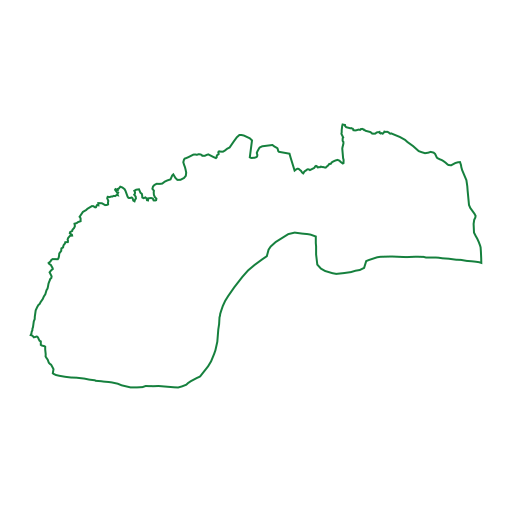 Kang Meas, Kâmpóng Cham, Cambodia (Natural Earth projection)
{"feature_id": "14789045B63152664596772", "entity_name": "Kang Meas", "entity_type": "district", "adm_level": 2, "iso_a3": "KHM", "parent_name": "Cambodia", "parent_adm1": "Kâmpóng Cham", "projection": "natural_earth1", "projection_center": [105.15, 11.935], "detail": "fine", "context": "isolated", "style": "outline", "palette": "green", "viewbox_px": 512, "rotation_deg": 0, "n_neighbors": 0, "source": "geoboundaries", "source_scale": "gbopen_adm2", "svg_char_len": 6010}
<svg xmlns="http://www.w3.org/2000/svg" viewBox="0 0 512 512"><path d="M30.7,335.1L31.9,335.4L33.2,336.5L33.8,337.3L35.2,337.0L36.7,336.5L37.4,336.8L38.1,337.7L38.9,339.5L39.6,340.8L40.8,341.4L40.8,344.9L41.7,345.5L44.5,346.2L45.2,346.7L45.2,349.5L45.7,354.2L45.6,356.5L46.3,357.7L47.7,359.7L48.8,362.7L49.9,363.9L51.1,364.7L52.1,366.5L53.5,369.2L52.8,373.3L53.6,373.9L55.9,375.0L59.4,375.8L65.2,376.8L70.9,377.5L76.5,377.7L84.4,378.6L89.2,379.6L94.9,380.3L95.7,380.8L101.0,381.2L103.7,381.6L108.6,382.0L111.7,382.4L117.7,383.7L121.6,385.3L130.5,387.4L137.0,387.4L142.5,387.1L145.7,386.0L148.3,386.1L153.8,386.2L158.5,386.0L174.2,387.3L178.1,387.5L182.0,386.4L186.3,384.7L188.0,383.1L190.8,381.2L196.8,378.0L199.7,376.7L200.3,376.2L208.1,366.3L211.1,361.3L214.1,354.0L215.4,350.3L217.3,341.8L218.3,329.4L219.1,324.2L219.5,317.4L220.0,315.6L220.2,313.9L221.1,311.0L222.8,306.0L225.2,300.8L228.2,296.0L234.4,287.1L242.5,276.7L248.1,270.4L254.5,265.0L262.4,259.2L266.8,256.2L268.6,249.6L270.7,246.5L275.7,242.0L288.3,234.1L294.7,232.6L302.2,233.6L307.6,234.1L310.5,234.6L315.8,236.5L315.8,243.1L316.1,246.5L316.1,254.5L317.3,264.6L320.9,268.6L325.1,271.0L332.5,273.2L336.3,273.9L343.7,273.1L350.9,272.1L355.6,270.7L359.8,270.0L364.1,267.9L366.2,261.1L368.6,260.1L377.1,257.3L380.3,256.8L391.7,256.5L403.3,257.0L406.7,257.1L416.2,256.7L423.6,256.9L425.9,257.5L435.4,257.5L438.5,257.7L442.5,258.3L448.6,258.7L456.0,259.7L461.0,259.9L466.7,260.9L472.0,261.3L475.6,261.7L479.1,262.2L481.3,262.9L481.2,258.4L480.9,251.6L480.6,247.4L480.1,245.6L478.8,242.1L477.2,238.6L475.7,236.0L474.0,232.6L473.6,223.9L474.2,219.8L475.3,217.6L475.6,215.9L474.5,213.8L470.3,208.0L469.0,205.0L467.6,190.4L467.3,186.4L466.8,182.9L466.4,180.2L462.1,170.0L461.3,167.1L461.0,165.1L460.0,162.1L457.9,162.3L455.4,163.0L451.1,165.3L448.5,165.0L447.6,164.5L445.5,162.6L443.3,161.0L441.6,160.0L440.0,159.4L437.4,158.1L436.8,157.5L435.1,153.9L433.6,152.6L430.6,151.9L428.2,152.7L425.0,153.2L421.4,152.1L418.7,151.1L413.1,146.1L407.4,142.0L405.1,139.9L399.9,137.0L391.2,133.4L390.2,133.7L389.1,132.9L388.6,132.4L387.3,131.8L385.4,131.9L384.4,131.6L384.0,132.4L383.2,133.1L382.7,133.7L381.4,133.1L380.6,133.5L379.8,133.0L379.5,131.9L378.6,132.2L377.2,132.3L376.5,132.6L375.3,133.6L373.9,133.7L372.2,133.6L371.0,132.5L370.2,132.0L365.6,130.8L364.8,130.2L364.1,130.1L363.7,129.4L363.0,129.3L362.3,128.9L360.8,129.1L360.4,129.8L359.5,129.8L358.6,129.6L355.8,130.4L354.8,130.4L353.4,130.2L353.2,129.3L352.7,128.7L351.9,128.5L351.2,128.1L350.4,128.3L346.2,127.2L345.1,126.0L345.0,125.0L342.6,124.5L342.2,126.0L341.7,130.1L341.7,132.3L341.4,133.8L343.2,137.5L342.7,138.1L342.6,140.4L342.8,141.2L343.4,141.9L343.4,143.1L343.4,143.9L343.1,144.6L343.0,145.5L342.7,146.3L342.5,147.4L342.3,148.1L342.3,149.0L343.1,158.2L343.4,159.1L343.6,160.0L343.5,163.1L342.8,163.5L340.6,161.9L339.5,160.7L337.5,159.9L335.4,160.5L333.4,161.4L331.7,162.4L330.9,163.7L330.0,164.0L329.3,163.9L328.1,165.5L327.3,166.1L325.7,167.6L324.7,167.5L323.0,167.0L322.2,167.1L320.9,166.6L320.1,167.2L318.7,167.1L317.9,167.5L317.2,167.0L316.7,166.1L316.0,165.9L315.2,166.4L314.7,167.3L314.1,168.0L309.9,170.1L308.8,169.4L307.7,169.3L306.7,169.8L305.7,170.7L304.9,171.1L304.1,171.9L303.8,172.6L303.2,173.4L302.0,172.4L301.0,170.8L299.9,170.0L299.1,169.2L298.3,168.8L297.6,168.7L296.3,169.3L294.6,170.6L290.6,157.6L289.5,153.7L278.9,151.8L278.3,151.2L277.5,148.4L276.9,147.9L274.4,146.5L272.4,145.0L262.2,146.3L259.7,147.5L259.1,148.3L257.4,151.4L256.8,152.9L257.0,153.9L257.3,154.6L257.3,155.6L257.1,156.3L256.6,157.0L255.4,157.5L254.2,157.8L253.0,157.8L251.8,158.0L250.8,157.8L249.8,157.3L252.0,140.4L249.8,138.3L243.8,135.5L241.4,135.0L239.4,135.0L236.8,137.3L233.8,141.4L229.6,147.5L227.2,148.7L224.7,150.7L222.9,151.7L220.5,151.6L219.2,151.3L218.6,151.6L218.3,152.4L218.6,153.2L218.6,154.2L217.0,155.3L216.7,156.1L216.7,157.3L215.9,158.1L213.2,156.9L208.3,154.4L206.7,154.9L204.8,155.8L202.3,155.8L201.8,155.1L200.7,154.5L198.8,154.2L196.8,154.8L195.4,154.5L193.4,154.6L188.5,157.1L186.2,158.1L184.7,158.6L184.0,159.6L183.3,162.2L184.0,164.6L185.0,167.3L185.6,169.7L186.2,172.7L185.8,175.8L184.0,178.0L180.5,179.8L177.4,179.9L175.4,177.9L173.3,174.4L172.2,175.5L170.5,179.4L167.4,180.4L164.8,181.6L162.2,183.6L159.8,183.9L156.6,183.8L154.4,185.0L153.0,186.5L152.4,188.8L153.9,190.7L153.7,192.4L153.9,194.9L154.9,197.1L156.4,198.7L156.1,200.2L155.2,200.5L153.6,200.4L152.8,198.5L151.0,198.0L148.1,198.4L148.0,200.4L147.0,200.2L146.6,198.5L145.4,197.4L143.6,198.2L142.3,197.5L142.2,195.7L141.8,193.8L140.4,192.7L139.0,189.3L136.2,189.7L134.3,190.8L135.0,192.2L134.9,193.8L134.2,194.7L135.7,196.6L135.9,198.5L135.0,199.8L134.5,201.3L133.3,200.6L132.6,198.3L131.7,197.5L130.0,198.0L128.5,197.9L127.6,196.7L125.5,190.9L124.6,189.2L122.4,187.5L120.3,186.7L118.8,188.6L117.8,188.9L117.8,190.2L115.5,189.1L115.1,189.8L117.3,192.8L118.0,192.9L117.4,194.1L117.8,195.2L116.8,194.9L115.1,196.1L113.7,195.9L112.2,196.6L111.2,196.5L109.7,197.1L107.7,196.8L107.2,198.2L108.3,200.9L108.0,202.4L108.1,204.4L106.7,205.0L105.1,205.1L102.0,203.3L100.7,203.2L98.3,203.1L98.4,205.3L97.1,205.0L96.5,205.9L96.0,207.2L95.2,207.4L94.3,206.9L93.5,206.2L91.9,206.1L87.4,208.8L86.2,210.0L82.9,211.9L79.6,216.8L80.2,217.5L80.6,218.5L80.6,221.2L78.0,222.1L76.7,223.1L74.5,223.7L74.9,226.1L74.6,226.9L74.0,228.1L72.5,229.7L72.2,231.0L70.1,232.1L69.8,233.2L71.0,234.2L71.9,234.7L72.1,235.6L70.0,235.8L68.2,237.9L67.6,239.5L68.0,240.9L67.8,242.1L65.3,242.2L64.9,243.6L63.8,244.8L63.2,246.4L63.1,247.4L61.4,248.4L61.2,250.9L59.3,253.4L59.0,256.1L58.6,257.9L57.8,259.2L52.6,259.1L51.3,260.0L50.5,261.4L48.6,263.0L49.4,264.1L50.8,264.9L52.6,268.1L52.8,269.0L51.2,270.3L49.6,272.3L51.6,276.3L51.3,278.0L50.0,279.3L49.8,280.4L49.3,281.4L48.5,283.6L48.0,286.5L47.5,288.6L46.5,290.2L45.3,294.3L43.9,296.4L42.7,299.1L40.6,302.1L39.6,304.0L38.4,305.0L37.3,306.9L35.7,310.3L34.8,316.7L34.7,319.1L33.8,321.3L33.0,327.1L32.4,328.9L32.4,330.2L31.6,332.0L31.5,333.2L30.7,335.1Z" fill="none" stroke="#15803d" stroke-width="2"/></svg>